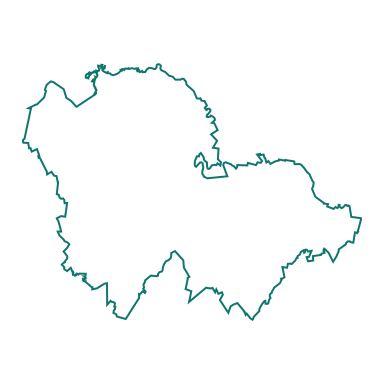 Comalcalco, Tabasco, Mexico (Natural Earth projection)
{"feature_id": "50627088B45787963342139", "entity_name": "Comalcalco", "entity_type": "district", "adm_level": 2, "iso_a3": "MEX", "parent_name": "Mexico", "parent_adm1": "Tabasco", "projection": "natural_earth1", "projection_center": [-93.333, 18.29], "detail": "fine", "context": "isolated", "style": "outline", "palette": "teal", "viewbox_px": 384, "rotation_deg": 0, "n_neighbors": 0, "source": "geoboundaries", "source_scale": "gbopen_adm2", "svg_char_len": 5831}
<svg xmlns="http://www.w3.org/2000/svg" viewBox="0 0 384 384"><path d="M36.0,104.5L28.6,108.2L30.9,108.6L24.5,138.8L23.1,139.8L23.0,141.9L23.4,142.7L28.2,142.9L29.1,148.3L30.5,148.1L31.7,151.6L37.0,149.1L39.2,155.4L38.3,155.8L38.6,157.6L39.4,157.0L46.8,171.6L47.1,174.4L51.5,171.8L54.0,175.6L56.5,176.1L57.7,182.0L58.1,182.1L56.8,194.2L58.7,194.7L59.5,197.5L61.2,198.8L63.0,198.4L64.2,199.8L64.6,203.2L67.1,203.0L65.2,216.7L61.1,216.1L56.8,218.3L58.7,222.0L61.2,231.5L57.7,231.5L58.3,233.1L59.4,235.4L63.6,239.5L64.5,241.1L67.4,242.4L69.3,244.2L67.2,247.9L63.6,251.5L67.3,256.3L67.2,258.5L64.8,261.5L65.0,262.2L63.1,263.2L61.8,264.7L64.3,267.2L64.1,268.7L64.5,269.3L67.1,271.1L70.7,267.8L72.7,272.4L73.1,272.0L73.4,272.7L72.7,273.5L73.0,274.7L73.4,274.5L74.9,275.7L75.6,274.6L76.2,275.0L77.0,273.6L78.4,274.6L79.5,273.6L85.8,273.8L85.3,276.4L84.5,276.4L85.2,276.8L85.1,278.0L85.7,278.1L85.7,278.5L84.7,278.4L84.4,279.5L82.3,278.1L83.2,279.1L82.9,279.9L84.0,280.7L83.8,281.2L85.5,281.2L85.4,281.7L89.6,285.3L91.9,287.3L92.5,287.3L92.2,289.4L97.1,288.3L104.4,283.7L107.0,283.3L107.2,304.7L110.6,300.8L111.6,301.8L113.6,302.1L115.0,303.3L114.3,306.7L115.3,306.9L115.1,307.9L114.9,309.4L113.9,310.3L113.4,312.8L116.3,314.4L116.8,316.5L125.7,319.0L139.0,298.1L139.1,294.0L139.9,294.4L142.6,291.3L144.9,292.9L145.6,291.8L143.2,288.7L144.0,287.7L143.5,284.5L144.8,282.3L145.2,280.3L150.8,275.6L156.8,276.2L158.0,275.7L158.0,274.0L159.6,272.1L161.8,271.5L162.6,270.2L162.8,267.7L163.9,264.5L165.8,261.4L168.8,260.0L170.7,258.1L171.1,257.0L171.3,253.0L175.0,251.1L183.3,260.3L183.9,267.6L189.4,276.9L187.6,277.9L187.7,279.1L185.6,289.1L191.3,291.2L189.1,301.9L206.1,287.7L210.6,288.5L212.4,287.9L215.1,292.3L216.3,289.4L218.4,293.8L222.0,292.3L222.8,294.8L219.9,300.0L228.3,312.8L230.6,306.4L233.4,304.6L237.4,303.1L243.3,310.1L244.2,311.8L244.5,311.6L245.7,314.9L246.7,313.6L250.4,318.3L252.5,319.7L253.2,318.9L253.6,317.0L259.3,311.1L259.5,308.7L261.9,304.3L264.3,301.2L265.3,300.9L265.6,303.8L267.4,303.9L268.2,303.4L269.2,299.6L270.5,298.0L269.8,296.7L269.8,294.7L270.8,293.4L271.5,293.2L272.4,290.6L273.7,288.8L274.0,287.8L279.9,283.2L281.5,279.9L281.0,278.7L282.6,278.5L284.5,277.2L282.4,267.1L287.1,267.7L287.9,263.8L290.3,263.6L291.8,264.0L295.3,260.5L296.4,258.3L297.5,257.9L297.1,257.4L297.8,255.9L299.7,254.7L301.1,251.7L303.6,250.3L304.2,252.8L304.8,252.4L305.1,250.1L305.9,249.5L306.9,249.9L308.1,251.5L311.5,250.9L309.0,256.8L306.6,257.2L308.1,261.3L313.2,260.5L313.0,256.1L321.0,254.9L321.4,253.7L324.5,252.8L324.1,251.0L323.5,250.9L323.7,249.2L324.2,248.6L328.6,252.7L333.1,261.8L336.3,256.7L338.6,251.4L338.8,249.3L345.9,244.3L345.9,243.2L348.1,241.3L349.7,241.3L350.5,242.1L353.3,242.7L355.0,232.3L356.4,232.5L357.1,233.1L358.2,231.7L357.9,231.1L361.0,219.5L360.9,218.2L351.3,216.9L349.5,206.1L348.2,205.4L347.3,206.0L346.4,205.1L345.0,205.2L343.5,207.0L341.7,208.2L340.0,207.0L339.4,205.9L339.5,204.9L338.7,204.8L338.3,207.2L337.4,208.1L335.5,207.0L333.6,208.9L327.2,206.5L328.0,204.1L322.9,203.5L324.0,203.1L315.4,196.8L312.0,188.8L313.2,186.1L313.7,182.5L312.4,180.7L309.3,174.0L307.1,172.2L303.9,167.7L301.1,164.7L299.8,164.1L294.7,164.2L294.3,163.4L294.4,161.8L293.9,161.3L285.2,160.0L285.1,160.7L279.0,159.5L278.9,160.5L275.2,161.4L270.4,163.9L268.4,161.1L266.4,162.5L265.1,158.0L264.4,157.7L263.6,154.6L260.2,155.1L260.1,153.9L257.1,154.5L262.0,160.9L260.9,162.8L257.6,162.3L256.0,165.1L247.9,162.9L247.3,165.4L237.3,165.1L237.1,167.2L236.0,168.6L233.5,166.0L231.9,165.4L231.3,164.4L225.7,162.3L224.0,162.9L223.2,165.0L227.3,176.3L207.3,178.3L203.7,176.5L203.7,175.8L202.5,174.1L202.2,171.8L203.3,167.7L202.5,163.1L201.4,162.3L200.0,162.5L196.1,166.8L195.3,166.2L194.7,164.7L194.9,161.0L196.9,156.3L199.0,156.4L199.4,154.3L200.8,153.0L203.8,157.4L203.8,159.0L204.5,160.6L206.9,162.3L207.2,167.2L207.7,168.6L208.9,168.9L209.8,168.4L212.0,165.3L214.8,164.8L216.3,165.2L217.5,163.3L220.4,165.6L221.0,162.3L217.9,159.3L218.5,148.6L213.0,147.7L217.1,140.8L211.1,134.3L217.6,130.1L214.3,123.2L212.0,122.8L215.0,119.9L214.6,118.3L213.4,116.9L210.9,115.6L210.4,116.5L207.6,117.1L206.7,116.7L207.0,114.9L208.7,113.4L210.4,110.9L210.3,109.5L209.1,108.7L207.4,108.8L206.6,110.1L205.9,109.6L204.8,107.8L206.9,105.5L204.5,101.0L201.4,100.6L200.5,98.3L199.1,98.7L196.8,98.3L193.7,91.0L187.1,85.2L186.4,84.1L186.0,81.6L184.5,80.1L184.2,79.2L182.6,78.6L180.4,79.7L175.3,79.6L172.8,76.8L168.9,75.6L165.4,72.1L161.3,70.2L160.4,68.9L160.8,65.6L159.5,64.4L157.7,64.3L156.8,65.0L156.5,67.4L155.5,68.9L154.3,69.0L150.6,67.8L148.9,68.0L146.9,69.3L145.3,72.0L142.6,72.2L142.3,71.0L139.8,72.1L138.8,71.4L137.4,71.3L137.2,70.9L139.2,70.6L138.7,69.6L138.1,70.0L138.1,69.2L137.3,69.2L137.4,68.7L139.0,68.3L138.6,68.2L136.6,68.7L136.3,68.3L135.0,68.9L132.0,68.2L129.4,68.9L128.5,68.3L128.3,68.9L125.2,68.5L124.3,69.9L123.2,69.0L122.0,69.2L122.1,69.9L120.9,69.9L121.4,70.8L120.5,71.0L118.9,72.7L116.4,74.2L113.0,75.2L110.8,74.3L110.1,73.4L107.6,73.2L107.7,72.1L106.1,72.8L103.0,71.0L102.3,70.0L102.6,67.8L103.7,68.9L104.6,68.4L105.1,65.1L104.1,67.7L102.4,67.0L101.5,67.4L102.4,64.9L101.3,64.8L101.0,66.5L98.2,65.6L98.1,66.5L99.3,69.7L99.0,70.7L97.2,71.1L96.2,70.6L96.1,71.4L95.2,71.7L94.3,71.2L93.4,71.9L93.7,72.1L90.5,73.0L89.4,72.3L88.3,73.4L88.2,74.1L86.7,74.2L85.8,75.6L85.8,77.6L88.2,78.4L88.1,77.3L88.7,77.2L89.6,74.7L90.4,74.8L91.8,73.0L94.7,72.2L97.1,72.9L96.8,74.3L97.4,75.0L97.1,76.2L96.6,77.0L95.5,76.7L96.0,77.6L95.2,77.9L95.1,79.6L94.4,80.1L94.0,79.5L93.2,79.4L92.0,81.4L93.6,81.7L94.5,81.1L93.8,85.2L94.3,85.6L94.3,86.7L95.4,87.4L95.2,88.5L95.9,89.0L95.9,90.0L96.2,89.7L96.5,90.1L95.0,92.8L95.9,92.5L96.0,93.3L95.2,93.7L95.2,94.4L77.4,106.2L76.6,106.7L75.9,106.3L71.3,101.1L66.4,97.9L63.7,89.2L53.3,82.1L50.8,81.4L46.7,84.8L44.9,89.8L46.0,90.9L44.1,97.5L36.8,104.6L36.0,104.5Z" fill="none" stroke="#0f766e" stroke-width="2"/></svg>